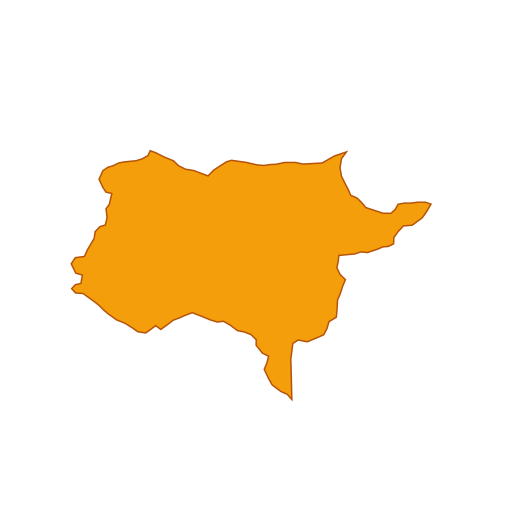 outline of Esperança, Paraíba, Brazil, rotated 334°
{"feature_id": "56859067B22876430422042", "entity_name": "Esperança", "entity_type": "district", "adm_level": 2, "iso_a3": "BRA", "parent_name": "Brazil", "parent_adm1": "Paraíba", "projection": "robinson", "projection_center": [-35.884, -7.007], "detail": "fine", "context": "isolated", "style": "filled", "palette": "amber", "viewbox_px": 512, "rotation_deg": 334, "n_neighbors": 0, "source": "geoboundaries", "source_scale": "gbopen_adm2", "svg_char_len": 1934}
<svg xmlns="http://www.w3.org/2000/svg" viewBox="0 0 512 512"><g transform="rotate(334 256 256)"><path d="M428.5,291.1L436.0,286.1L431.8,281.9L425.1,278.6L418.5,276.4L412.2,273.4L406.4,271.8L401.5,275.2L396.0,276.8L389.1,273.4L382.3,266.8L375.9,260.6L374.5,254.7L372.2,248.1L367.8,243.1L368.0,236.9L367.8,229.2L367.8,221.6L370.2,213.5L375.5,206.0L382.9,202.1L370.2,200.5L356.2,201.4L338.4,193.9L332.4,189.2L322.8,184.5L314.0,182.3L309.3,180.2L302.6,178.0L296.9,174.6L288.4,167.7L275.8,159.2L270.6,158.4L263.1,159.3L255.5,160.3L248.0,163.0L242.8,157.5L237.4,151.8L230.8,147.2L226.0,141.0L223.6,134.3L216.7,126.6L211.3,119.4L207.1,115.0L202.9,118.4L196.1,118.8L189.9,117.8L185.2,116.0L178.5,113.6L173.3,112.2L166.8,112.2L161.9,111.3L155.8,112.2L148.6,118.2L148.4,127.2L149.2,132.9L153.8,136.6L146.8,145.3L141.9,147.8L139.0,156.2L134.1,162.1L128.6,161.2L122.1,163.6L118.2,169.3L112.1,173.3L107.0,176.7L101.6,181.2L92.9,178.3L86.5,182.0L86.5,192.4L91.6,197.0L86.6,203.9L81.1,202.6L76.0,204.5L77.6,210.1L84.1,213.9L89.9,224.7L93.2,231.3L95.3,237.5L97.9,243.4L102.6,252.2L108.6,258.8L113.5,266.6L116.5,272.2L123.1,276.8L129.4,275.8L135.4,274.6L138.2,280.3L147.2,278.7L153.5,277.4L160.5,278.1L166.5,278.3L173.8,279.0L181.1,286.8L186.8,293.3L192.2,298.3L198.1,300.4L202.5,306.8L206.6,314.9L212.1,319.1L217.1,324.5L219.5,331.3L217.0,336.3L219.2,346.2L223.4,351.6L218.9,356.9L213.7,361.5L213.6,372.1L214.0,378.8L216.4,383.7L219.0,388.7L223.4,393.9L225.3,400.7L239.5,369.7L241.8,364.4L250.8,350.7L257.1,350.0L264.5,355.6L275.2,356.2L282.3,356.5L287.8,352.5L292.8,347.0L301.4,346.2L306.0,338.5L310.0,331.3L315.3,326.7L320.5,321.3L326.0,316.4L323.5,309.6L323.5,302.0L327.7,296.7L330.7,291.8L338.9,294.9L345.5,297.4L352.1,298.3L357.6,301.7L362.8,302.4L368.5,303.2L374.0,303.4L379.0,305.4L385.0,305.4L388.0,299.8L394.3,296.4L401.7,293.6L409.9,296.8L416.9,295.5L422.0,294.6L428.5,291.1Z" fill="#f59e0b" stroke="#b45309" stroke-width="1.5"/></g></svg>